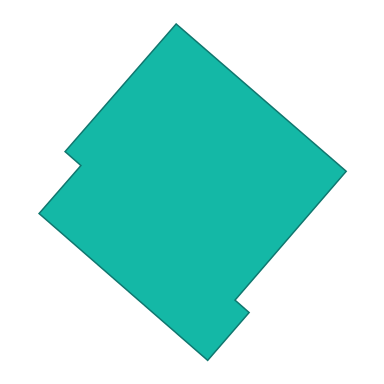 outline of Guthrie, Iowa, United States of America, rotated 41°
{"feature_id": "52423323B90698897745067", "entity_name": "Guthrie", "entity_type": "district", "adm_level": 2, "iso_a3": "USA", "parent_name": "United States of America", "parent_adm1": "Iowa", "projection": "orthographic", "projection_center": [-94.519, 41.683], "detail": "fine", "context": "isolated", "style": "filled", "palette": "teal", "viewbox_px": 384, "rotation_deg": 41, "n_neighbors": 0, "source": "geoboundaries", "source_scale": "gbopen_adm2", "svg_char_len": 282}
<svg xmlns="http://www.w3.org/2000/svg" viewBox="0 0 384 384"><g transform="rotate(41 192 192)"><path d="M126.1,75.5L69.8,75.6L69.7,244.8L90.8,244.9L90.7,308.6L314.3,308.8L314.2,245.5L295.4,245.4L294.8,75.2L126.1,75.5Z" fill="#14b8a6" stroke="#0f766e" stroke-width="1.5"/></g></svg>